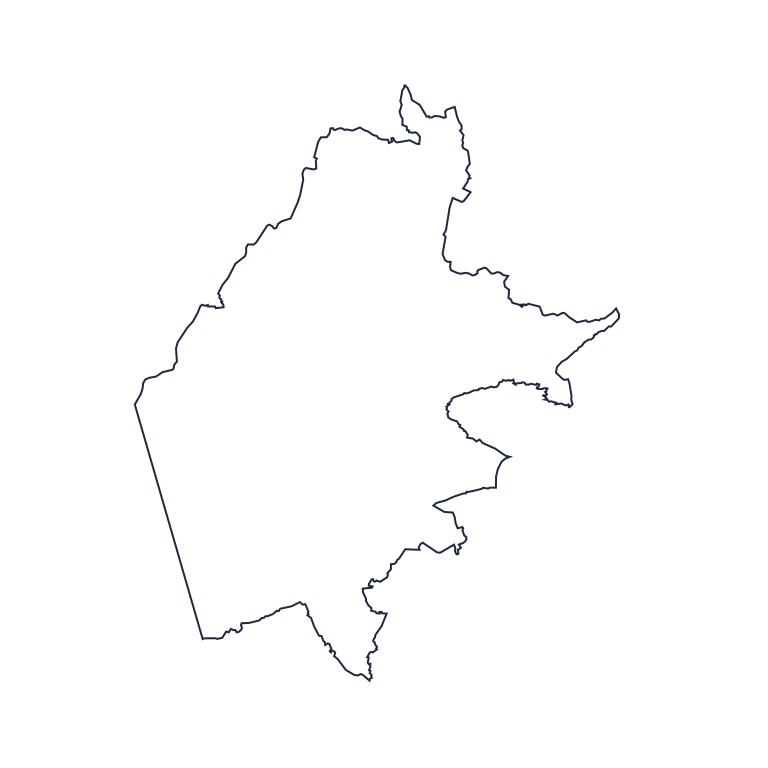 outline of Koinadugu, Northern, Sierra Leone, rotated 254°
{"feature_id": "65957751B98964407864499", "entity_name": "Koinadugu", "entity_type": "district", "adm_level": 2, "iso_a3": "SLE", "parent_name": "Sierra Leone", "parent_adm1": "Northern", "projection": "albers", "projection_center": [-11.318, 9.329], "detail": "fine", "context": "isolated", "style": "outline", "palette": "slate", "viewbox_px": 768, "rotation_deg": 254, "n_neighbors": 0, "source": "geoboundaries", "source_scale": "gbopen_adm2", "svg_char_len": 6154}
<svg xmlns="http://www.w3.org/2000/svg" viewBox="0 0 768 768"><g transform="rotate(254 384 384)"><path d="M662.0,488.3L665.1,486.7L665.2,485.8L663.5,485.3L661.3,482.6L651.2,477.6L647.6,478.0L641.3,474.0L636.5,474.1L634.0,475.0L628.1,473.1L625.0,476.8L621.7,476.0L621.0,477.8L619.2,477.4L617.3,481.8L617.4,483.4L615.8,485.1L611.6,486.7L605.0,484.0L606.0,481.5L611.2,475.8L612.6,463.1L615.2,460.7L617.0,461.1L618.2,460.0L618.0,458.7L614.7,458.5L614.3,455.2L617.6,455.2L619.5,449.6L621.9,446.2L624.2,445.6L626.5,442.0L631.3,438.2L633.2,435.2L637.2,431.6L636.3,423.5L639.1,418.0L639.1,416.1L641.4,414.0L642.1,411.5L641.7,406.6L642.6,405.6L644.0,405.5L644.4,403.0L640.0,400.8L637.0,397.1L638.5,391.2L634.8,387.4L621.2,379.4L619.2,381.5L617.3,380.0L609.8,378.3L609.6,375.7L613.2,368.4L612.0,365.9L608.5,363.5L602.7,362.7L589.3,355.8L582.3,351.1L568.9,339.9L568.6,330.6L567.2,326.5L563.6,323.4L563.7,321.2L566.4,320.1L568.8,317.7L568.4,315.4L555.5,300.5L553.9,297.2L555.7,291.8L553.2,289.1L548.2,287.7L545.2,285.6L540.5,274.2L529.2,263.6L523.7,256.0L516.6,249.4L514.4,250.6L512.3,249.5L509.7,250.9L508.4,250.2L507.6,251.1L506.9,250.2L504.8,251.4L502.0,251.0L503.3,243.1L505.0,243.1L507.0,236.3L508.5,236.5L508.3,234.1L510.4,230.7L509.0,228.5L503.9,224.6L496.6,217.4L492.4,210.5L480.8,197.0L475.3,193.8L462.6,191.1L460.5,187.9L456.8,185.9L456.0,184.5L456.4,174.4L454.0,166.8L454.7,159.6L454.0,155.6L451.1,152.7L445.9,150.5L441.4,147.5L433.0,138.8L188.8,139.4L189.1,141.0L186.0,152.1L184.9,153.5L184.7,158.7L189.5,164.0L188.1,166.4L190.8,169.3L188.9,171.3L188.5,173.2L185.8,174.0L185.8,176.3L187.3,179.3L189.2,180.3L191.7,180.1L193.3,181.2L191.5,188.5L191.1,199.0L192.7,201.8L192.3,203.9L193.4,206.1L192.9,208.2L193.5,213.9L195.6,218.6L194.7,220.1L196.6,222.3L195.8,233.8L197.5,243.0L194.4,245.0L194.0,247.7L185.9,248.6L185.1,247.6L183.4,248.0L182.8,246.7L179.2,249.4L170.2,250.0L160.0,252.1L159.0,254.5L154.1,254.8L152.0,255.9L149.3,255.6L150.1,258.2L149.3,259.8L144.2,260.4L141.9,258.2L140.8,259.1L142.4,259.6L142.2,260.7L140.4,262.6L139.0,263.0L136.1,261.0L132.5,263.6L119.7,268.5L112.8,274.9L110.9,278.9L111.7,281.4L110.1,283.6L102.8,288.3L104.5,289.2L104.9,291.3L106.2,291.0L107.9,291.9L110.0,290.5L112.0,291.8L113.0,290.7L115.4,292.7L118.8,293.8L118.8,292.1L120.7,291.6L125.1,293.8L126.1,293.7L126.2,292.7L129.8,296.3L129.9,298.2L129.1,299.0L130.8,304.1L131.7,303.5L133.3,304.9L135.6,303.8L138.1,303.8L139.6,302.6L141.1,303.4L143.1,305.7L145.0,306.4L152.0,315.0L162.6,323.3L164.0,319.1L165.7,318.8L166.0,316.7L164.6,316.7L165.7,313.6L167.4,313.1L169.7,309.1L172.1,310.2L175.4,308.0L180.7,306.9L182.8,307.5L189.5,306.4L193.2,307.2L191.5,316.3L192.5,317.2L194.3,313.8L196.0,314.4L199.6,318.3L199.3,319.8L197.6,319.6L196.5,320.7L197.1,322.7L194.9,325.8L197.4,333.7L199.5,335.2L201.2,335.1L203.9,339.5L208.9,341.0L208.2,343.8L209.1,346.5L211.1,348.1L212.2,350.6L219.3,358.9L214.8,372.5L217.3,372.3L219.9,374.7L220.8,377.5L207.7,388.4L206.3,391.4L210.3,407.0L205.5,407.3L204.3,406.2L202.0,406.4L200.3,406.9L200.3,408.7L204.1,409.4L205.4,412.8L209.0,411.7L209.4,416.3L210.5,418.9L212.2,420.5L214.5,420.9L216.2,419.4L221.9,419.1L223.3,420.3L224.9,419.9L225.0,415.1L230.3,414.5L236.5,415.2L241.4,414.8L244.5,406.6L253.5,398.0L255.0,401.0L255.2,403.5L255.1,410.7L256.5,420.5L256.9,430.4L256.3,432.7L257.7,433.8L257.0,435.0L256.5,443.0L256.3,449.3L257.0,450.4L254.8,455.3L255.2,457.2L253.5,463.0L264.1,466.2L270.9,470.0L276.9,475.6L278.8,479.8L279.3,484.9L281.5,481.1L291.2,473.1L299.9,462.7L304.3,460.5L303.3,456.9L306.9,454.6L309.6,449.1L312.0,450.5L316.8,449.0L316.8,448.0L318.7,447.7L322.2,444.7L323.4,446.0L324.9,444.6L328.0,443.9L331.1,439.2L334.0,436.6L338.1,436.8L339.6,438.4L342.5,437.0L343.7,438.0L345.1,437.8L346.2,441.1L347.3,440.0L347.9,442.0L349.2,444.1L350.8,444.7L351.9,447.4L352.3,457.1L353.2,458.8L352.3,460.1L352.2,463.5L353.1,468.2L352.2,473.1L353.1,473.7L353.1,477.5L351.6,479.3L351.9,486.7L350.6,488.2L350.2,491.7L351.5,493.8L353.8,495.3L353.6,498.0L355.1,499.5L353.4,502.2L353.5,504.9L352.3,506.1L352.5,509.6L349.9,509.4L349.0,508.4L347.3,510.3L348.3,510.3L347.1,516.1L347.6,517.0L346.4,519.6L344.5,519.9L343.5,523.0L343.7,525.4L341.2,529.9L342.2,531.0L340.8,533.2L339.0,531.9L338.7,530.3L337.8,529.6L337.0,530.4L335.4,535.0L335.9,536.0L335.0,539.5L334.3,539.8L333.8,538.6L332.1,538.0L331.9,536.7L329.1,537.8L327.9,535.8L329.2,534.6L328.9,533.1L328.6,534.3L325.3,536.5L324.7,536.4L324.6,534.6L323.4,537.0L321.5,537.7L321.2,540.1L319.1,543.3L317.3,543.2L318.1,544.8L316.9,544.9L316.4,549.1L313.4,552.5L313.4,555.8L310.9,555.2L310.5,555.8L312.6,559.7L316.9,559.6L321.1,561.0L333.9,562.5L337.9,562.2L338.2,558.6L339.3,557.3L346.7,552.9L347.9,552.5L352.9,555.2L356.4,561.1L357.8,566.7L362.7,576.4L363.1,579.2L365.2,580.8L366.0,584.4L368.8,588.0L370.2,592.8L369.7,595.4L371.0,598.4L372.9,599.1L372.7,600.0L373.7,600.9L373.3,602.1L374.7,604.4L375.0,608.2L374.3,610.2L377.4,616.1L376.6,618.1L382.2,627.7L386.1,629.2L392.6,627.9L389.7,623.2L386.2,614.0L386.9,610.8L385.9,608.2L387.4,605.3L387.1,599.2L387.6,596.8L389.5,595.8L390.0,586.6L397.0,580.5L402.2,577.3L403.2,575.2L402.0,569.8L404.9,566.2L405.4,557.7L406.8,555.7L415.4,555.0L421.4,544.8L420.5,542.1L421.7,541.2L422.4,537.8L420.9,539.2L420.2,537.8L422.9,535.8L426.7,529.8L430.8,529.0L432.2,527.3L440.1,530.2L444.2,527.1L449.2,527.6L453.6,533.1L455.9,528.5L458.8,526.6L460.4,523.7L459.9,520.5L460.6,517.6L466.9,514.4L468.1,512.5L467.6,505.9L466.1,504.5L464.7,504.5L463.7,501.1L464.0,498.9L466.8,496.2L468.5,492.6L468.8,488.2L470.7,484.8L475.0,479.7L478.1,479.7L483.1,481.7L483.9,478.8L486.3,476.8L492.7,476.1L508.6,483.8L511.2,482.4L514.8,486.0L535.5,495.7L543.9,501.3L537.5,509.0L538.1,511.5L544.5,520.1L550.1,513.9L555.1,519.8L557.9,521.5L558.0,523.6L559.2,522.9L561.1,523.7L566.7,521.8L569.7,524.1L572.0,527.2L582.8,528.7L585.3,528.7L588.8,525.2L591.9,525.0L593.8,526.5L596.5,526.4L601.3,529.1L606.7,526.9L607.6,528.9L611.0,529.8L615.3,528.4L620.3,527.9L630.9,528.3L630.4,520.3L629.0,517.9L623.4,516.9L623.4,514.8L626.1,510.9L627.7,506.2L627.0,503.6L627.7,501.1L628.9,501.1L629.2,498.7L642.3,495.3L649.5,489.0L654.3,489.4L662.0,488.3Z" fill="none" stroke="#1e293b" stroke-width="2"/></g></svg>